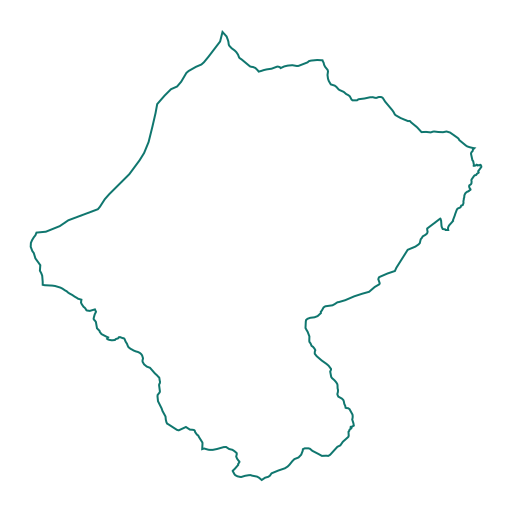 the district of Sucevita, Suceava, Romania
{"feature_id": "2599482B88987982170225", "entity_name": "Sucevita", "entity_type": "district", "adm_level": 2, "iso_a3": "ROU", "parent_name": "Romania", "parent_adm1": "Suceava", "projection": "natural_earth1", "projection_center": [25.699, 47.77], "detail": "fine", "context": "isolated", "style": "outline", "palette": "teal", "viewbox_px": 512, "rotation_deg": 0, "n_neighbors": 0, "source": "geoboundaries", "source_scale": "gbopen_adm2", "svg_char_len": 5979}
<svg xmlns="http://www.w3.org/2000/svg" viewBox="0 0 512 512"><path d="M352.1,426.6L353.8,425.6L353.4,423.2L352.2,419.5L352.6,417.9L352.7,416.1L352.5,414.6L349.5,409.1L348.1,408.2L346.7,408.1L345.6,407.8L345.2,405.8L344.3,403.9L343.8,401.3L343.3,400.0L341.9,398.6L338.3,396.6L337.9,395.7L337.4,394.5L337.4,393.8L337.9,392.0L338.0,390.0L337.6,388.3L337.5,385.0L337.2,383.9L336.2,382.3L334.5,380.3L332.0,378.1L331.2,376.9L330.2,371.6L331.0,369.7L331.0,368.9L328.6,365.7L326.5,363.9L321.7,360.5L316.7,356.2L314.8,353.8L314.7,353.0L314.9,351.2L315.3,350.2L315.1,349.7L314.3,348.4L313.0,346.8L311.6,345.9L310.6,343.5L309.5,342.0L309.3,341.2L309.3,339.7L309.4,336.4L307.6,331.7L306.6,330.1L305.5,328.0L305.8,321.5L306.1,320.0L307.5,318.8L310.2,317.8L314.5,317.3L317.6,316.1L320.9,313.1L320.8,311.8L321.8,310.6L323.6,307.4L325.3,306.3L332.5,305.3L334.7,304.1L337.4,302.3L339.1,302.0L345.2,300.2L354.3,296.3L362.3,293.7L369.1,291.8L374.7,287.0L379.3,284.3L379.7,283.2L378.3,279.2L378.9,277.4L380.1,276.7L387.5,273.5L394.9,271.0L396.4,267.7L407.7,249.8L415.4,246.6L418.6,244.4L419.8,243.1L420.7,239.3L422.0,237.7L422.7,236.4L425.5,234.8L427.1,233.4L427.6,231.8L427.2,229.8L427.2,228.5L440.1,218.7L440.3,218.6L440.5,218.8L441.1,220.7L441.5,225.9L441.8,227.1L442.7,229.0L445.2,229.4L445.6,230.0L448.2,230.0L448.0,229.0L448.1,227.5L448.6,226.3L449.1,225.4L453.1,220.9L452.9,220.4L454.8,215.4L455.1,214.3L456.6,210.2L457.4,208.8L458.2,208.3L459.8,207.7L460.6,207.1L461.2,205.6L462.7,205.1L463.4,203.4L463.5,202.5L463.4,201.3L463.8,199.4L463.8,198.6L464.2,197.5L464.4,195.3L465.2,193.5L465.7,192.9L467.2,191.7L468.1,191.5L468.6,191.0L469.2,190.8L469.5,190.3L470.2,190.0L470.5,189.7L470.5,189.3L469.4,187.7L469.1,186.2L469.3,185.4L470.9,184.3L471.4,183.5L471.6,181.7L471.4,180.4L471.4,180.0L471.7,179.3L474.0,176.0L474.7,175.3L475.9,175.1L476.3,174.8L476.9,173.8L478.5,172.8L478.7,172.5L478.2,171.2L481.3,167.0L481.3,166.2L480.6,164.9L480.3,164.8L479.9,164.9L479.4,165.4L478.0,165.1L477.7,165.4L476.9,164.8L476.6,164.7L475.7,165.5L474.8,165.5L474.0,165.9L473.7,165.8L473.7,165.5L474.1,165.1L473.9,164.8L473.2,161.2L472.4,160.2L471.0,153.8L471.3,152.5L472.7,150.9L472.9,149.6L474.3,148.2L472.9,148.0L469.6,147.2L467.2,146.4L465.7,145.4L459.3,140.1L458.5,138.6L457.4,137.7L450.0,132.5L446.5,131.5L443.0,132.2L438.3,132.0L434.2,131.5L433.1,131.6L430.7,132.4L426.0,131.9L421.5,132.1L417.1,127.3L411.0,122.3L410.1,121.2L409.4,121.0L408.0,121.1L400.7,118.1L395.6,115.2L394.8,114.4L393.6,112.1L392.3,110.2L385.1,101.6L382.9,98.1L381.7,97.2L380.7,97.0L378.9,97.0L377.6,97.4L376.8,97.8L376.1,97.9L375.0,97.8L372.8,97.2L369.9,97.3L364.5,98.5L358.8,99.2L358.2,99.4L357.3,100.2L356.7,100.3L352.5,100.3L351.5,99.5L349.8,96.3L348.4,95.2L346.1,94.0L344.1,92.2L343.5,91.8L339.5,90.0L338.6,89.4L336.4,86.9L334.7,85.6L330.8,84.4L328.8,81.0L328.0,78.7L327.5,75.0L328.0,71.4L327.6,69.9L325.1,66.8L324.1,64.8L323.6,62.7L322.9,61.4L322.5,60.3L317.2,60.0L311.0,60.6L309.0,61.1L307.5,62.4L298.5,65.9L296.9,66.0L292.3,65.2L287.8,65.6L284.3,66.4L280.6,68.1L279.8,67.1L277.9,66.6L277.2,66.6L271.6,68.7L266.7,69.4L263.7,70.1L261.4,70.9L258.7,71.6L257.7,70.3L255.4,68.0L253.0,67.0L251.3,66.8L250.0,66.4L241.7,59.5L239.5,58.0L239.0,57.2L238.0,54.6L236.3,52.1L234.7,50.5L231.7,48.3L229.6,46.1L229.0,45.2L228.7,44.2L228.4,41.8L228.0,40.3L226.6,36.5L222.5,32.0L220.1,41.5L208.5,56.7L203.9,62.3L201.4,64.5L196.0,66.8L188.6,71.0L186.4,72.9L181.2,81.7L177.1,86.5L171.0,89.2L164.6,95.6L157.2,104.1L155.5,113.3L152.4,126.7L148.6,142.0L144.1,153.0L139.5,160.4L129.3,174.2L109.3,194.1L104.8,199.2L99.9,206.8L97.9,209.2L68.3,220.3L59.8,226.1L45.9,231.7L36.5,232.6L35.4,235.3L33.8,237.3L32.1,240.1L30.9,242.9L30.7,246.8L32.3,251.0L33.8,253.1L35.4,258.4L40.3,265.2L39.9,270.7L41.3,273.3L42.2,275.7L42.7,281.8L42.7,284.8L44.5,285.2L52.3,285.6L55.1,286.0L60.4,287.6L62.4,288.6L65.5,290.7L66.5,291.1L68.0,292.5L69.5,293.5L72.3,295.0L74.6,296.6L76.9,297.9L78.0,298.7L81.4,299.7L81.0,302.5L81.4,303.5L81.9,304.4L83.6,306.9L84.5,307.5L85.4,308.5L86.4,310.2L86.9,310.5L89.8,310.9L94.9,309.4L96.0,311.8L94.7,314.4L93.9,317.3L93.6,318.9L94.1,319.8L95.0,320.7L95.9,322.0L97.0,328.3L99.5,330.8L99.8,331.9L101.5,334.1L106.7,336.8L108.1,337.4L107.1,338.8L108.1,339.5L109.4,339.9L111.9,340.3L114.9,340.0L115.6,339.2L116.5,338.8L117.8,338.5L118.7,337.7L118.8,337.3L120.0,337.1L122.9,338.2L123.7,338.2L124.6,339.1L125.6,341.6L127.0,343.8L127.7,345.7L128.5,347.2L130.4,348.7L131.1,349.1L132.1,349.6L133.6,350.5L135.8,351.4L138.0,352.0L139.8,352.9L141.2,354.1L142.1,355.4L142.9,357.9L143.0,358.7L142.6,359.9L142.5,361.2L142.7,362.0L144.1,364.4L146.8,366.6L150.0,367.8L154.8,373.3L157.2,375.5L158.4,376.9L159.0,377.3L159.3,377.8L159.7,380.5L160.0,381.7L159.9,383.0L159.2,384.3L159.1,385.3L159.9,391.3L159.7,392.3L157.6,395.0L157.5,396.4L158.0,401.2L161.6,408.4L162.5,411.0L165.5,416.5L165.8,419.6L166.4,422.1L167.1,423.6L168.5,424.4L177.0,429.9L178.6,430.3L178.8,430.3L185.9,427.0L189.9,429.6L192.9,429.8L194.1,430.1L194.7,430.6L195.2,432.2L197.0,434.7L198.2,435.5L199.0,437.1L202.4,442.5L202.5,443.6L202.2,449.1L204.1,448.5L208.3,449.7L210.0,449.9L212.6,449.9L217.0,449.0L223.7,447.1L226.1,447.0L229.1,449.0L232.4,449.8L234.5,451.2L236.6,453.0L236.8,454.0L236.2,456.6L237.1,458.7L237.9,459.8L238.8,461.0L239.4,461.5L239.4,462.1L238.1,464.1L238.2,464.9L234.8,468.8L232.7,470.8L232.7,471.0L234.5,474.3L235.3,475.2L237.4,476.3L240.1,476.9L241.2,477.0L245.1,475.8L248.8,475.2L250.6,475.1L251.9,475.6L257.0,476.6L259.0,477.7L261.7,480.0L265.1,477.7L268.3,476.8L270.1,475.5L270.6,474.6L271.6,473.3L278.4,470.5L284.9,468.3L287.7,466.5L289.5,464.7L292.3,461.2L294.4,459.1L298.5,457.5L301.2,454.7L302.7,450.8L302.9,449.2L304.8,448.3L308.4,448.3L310.0,448.8L312.3,450.8L318.7,454.1L321.9,455.9L326.2,455.7L328.3,455.9L330.1,454.8L337.4,446.8L340.3,445.4L342.9,441.7L348.3,436.9L348.7,435.8L348.5,431.8L349.3,430.7L349.5,429.8L350.0,429.2L350.6,428.9L351.4,428.2L351.5,427.6L350.6,427.1L350.7,426.8L352.1,426.6Z" fill="none" stroke="#0f766e" stroke-width="2"/></svg>